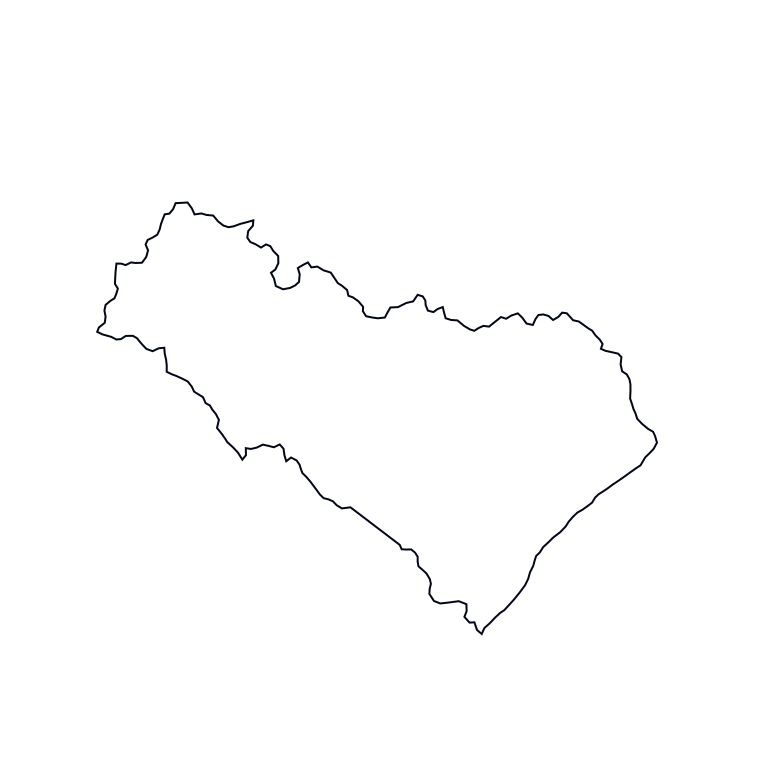 outline of Itabirito, Minas Gerais, Brazil, rotated 238°
{"feature_id": "56859067B46575317431952", "entity_name": "Itabirito", "entity_type": "district", "adm_level": 2, "iso_a3": "BRA", "parent_name": "Brazil", "parent_adm1": "Minas Gerais", "projection": "orthographic", "projection_center": [-43.791, -20.255], "detail": "fine", "context": "isolated", "style": "outline", "palette": "ink", "viewbox_px": 768, "rotation_deg": 238, "n_neighbors": 0, "source": "geoboundaries", "source_scale": "gbopen_adm2", "svg_char_len": 3574}
<svg xmlns="http://www.w3.org/2000/svg" viewBox="0 0 768 768"><g transform="rotate(238 384 384)"><path d="M135.4,388.9L138.7,397.2L142.4,403.1L146.9,408.0L150.7,414.2L154.8,418.6L157.6,422.0L158.5,426.6L161.3,432.5L162.6,439.4L164.1,445.8L165.0,455.1L166.9,462.5L169.4,467.8L171.2,473.7L172.5,479.8L172.2,485.7L172.6,491.8L173.1,497.5L175.8,502.9L176.8,507.7L176.8,513.1L177.0,518.4L177.5,524.4L177.7,531.2L178.0,537.4L178.4,543.3L179.0,552.9L179.1,558.5L181.4,562.9L183.4,566.8L184.6,572.5L186.1,578.3L189.6,584.4L196.2,586.3L200.9,586.9L205.9,584.2L213.5,581.7L220.3,580.3L225.8,581.7L230.6,582.3L235.2,583.6L241.2,585.0L247.6,589.4L253.1,592.8L258.1,594.7L263.4,595.0L268.5,592.7L275.2,595.0L281.0,599.6L285.7,598.6L290.4,593.9L294.9,589.3L298.9,586.6L302.1,590.6L307.3,590.5L313.1,589.1L318.9,588.8L323.0,586.7L328.5,584.5L333.8,582.3L337.9,578.1L342.8,577.3L347.1,576.5L350.1,572.9L348.5,567.3L348.7,561.3L354.5,559.6L358.6,555.9L360.7,551.5L358.8,546.9L355.2,541.5L359.7,536.9L367.1,536.4L373.0,534.9L374.6,528.2L374.6,522.2L378.8,518.7L377.9,511.1L377.0,503.5L380.6,499.1L381.3,494.4L381.3,488.7L384.8,485.8L391.0,482.6L399.0,480.0L402.8,474.8L407.1,471.1L413.1,472.9L418.1,474.6L419.2,469.2L418.8,464.0L423.0,460.1L428.7,461.1L432.9,463.3L437.7,463.3L441.8,459.8L438.6,452.5L440.9,445.9L441.8,436.6L445.5,430.0L442.7,424.7L439.9,420.0L443.0,413.6L446.7,409.2L451.0,404.7L457.0,404.7L460.6,407.2L467.8,406.1L474.0,403.5L477.7,400.6L483.2,402.5L489.4,400.5L494.1,398.3L500.4,398.1L506.7,397.9L512.4,393.0L518.9,389.7L521.4,384.2L527.4,383.9L527.9,378.3L528.0,372.4L521.6,370.6L515.6,366.0L514.7,360.9L515.2,355.4L517.8,348.6L524.4,344.2L531.7,346.6L538.2,347.1L538.7,352.6L542.4,358.4L548.6,362.1L555.4,360.6L561.2,360.6L564.9,357.9L564.9,352.0L570.6,349.1L575.2,345.9L580.5,345.6L585.6,349.8L587.7,356.7L592.0,359.9L594.1,352.8L596.0,346.7L597.4,340.0L599.4,335.2L603.4,331.8L609.6,329.5L617.4,328.4L621.3,323.2L625.4,319.5L628.2,313.2L634.6,314.1L642.0,313.6L644.7,308.7L647.8,303.1L644.1,297.9L642.2,292.3L644.1,287.9L640.6,283.2L637.8,279.6L634.0,275.7L630.8,271.0L630.8,265.5L631.4,259.9L628.7,255.8L622.3,254.7L617.7,249.6L615.1,243.0L618.3,237.4L621.1,234.0L621.8,227.8L625.2,225.1L627.9,220.9L621.4,215.8L616.6,212.4L611.5,208.9L606.0,208.9L602.3,204.7L599.5,200.8L599.5,195.9L598.6,189.8L594.4,185.8L588.7,183.6L583.9,179.7L583.0,172.1L580.2,168.4L575.2,171.6L568.5,177.7L563.6,180.6L561.5,184.6L561.6,190.5L557.9,196.6L553.7,198.8L549.4,199.3L545.0,200.0L539.7,201.1L534.4,205.2L533.7,211.8L531.2,216.9L526.1,214.2L519.9,212.0L514.9,209.6L509.5,206.2L504.9,209.1L500.8,212.2L495.5,215.7L490.2,218.9L483.5,219.6L478.2,218.9L474.2,220.8L468.8,223.5L462.3,222.6L458.0,225.0L453.6,224.8L447.6,225.5L441.1,225.0L435.2,219.1L427.6,220.0L422.0,220.3L417.7,220.3L410.7,222.3L403.2,223.8L394.9,223.8L396.8,229.2L402.8,232.8L399.4,236.8L397.5,242.4L396.8,249.1L392.8,253.2L388.7,257.1L388.0,263.5L382.4,264.5L376.3,261.8L370.3,260.2L370.9,266.2L365.5,269.4L360.2,269.6L355.8,268.4L351.7,267.6L346.4,268.9L339.5,269.9L330.9,270.6L324.2,271.1L319.2,272.3L315.7,275.7L311.6,278.5L306.1,279.7L300.8,282.4L297.2,290.2L239.2,312.1L234.5,311.4L231.8,315.2L229.3,319.4L224.4,321.0L219.6,321.0L215.7,318.5L211.1,316.6L207.0,317.9L201.0,319.6L194.4,319.5L189.7,317.9L186.2,314.3L181.9,311.2L173.5,311.4L168.1,315.4L164.7,322.4L160.2,332.3L153.6,337.2L147.6,333.7L143.9,328.8L136.3,330.1L134.0,334.4L126.1,332.5L120.2,334.4L123.9,339.9L125.1,347.2L127.0,354.4L128.3,361.0L128.5,366.3L130.1,372.1L132.2,379.6L135.4,388.9Z" fill="none" stroke="#020617" stroke-width="2"/></g></svg>